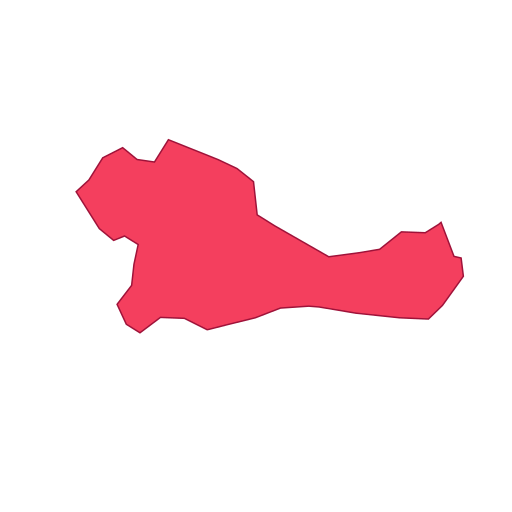 outline of Jeungpyeong-gun, North Chungcheong, South Korea, rotated 302°
{"feature_id": "91817680B75298348451478", "entity_name": "Jeungpyeong-gun", "entity_type": "district", "adm_level": 2, "iso_a3": "KOR", "parent_name": "South Korea", "parent_adm1": "North Chungcheong", "projection": "robinson", "projection_center": [127.607, 36.772], "detail": "fine", "context": "isolated", "style": "filled", "palette": "rose", "viewbox_px": 512, "rotation_deg": 302, "n_neighbors": 0, "source": "geoboundaries", "source_scale": "gbopen_adm2", "svg_char_len": 706}
<svg xmlns="http://www.w3.org/2000/svg" viewBox="0 0 512 512"><g transform="rotate(302 256 256)"><path d="M215.2,69.4L196.2,108.6L193.8,127.0L203.3,133.9L203.3,150.0L184.3,156.9L165.2,166.1L141.4,163.8L129.4,182.2L129.4,198.3L153.3,207.5L165.2,228.3L167.6,253.6L168.7,254.8L181.9,267.4L203.3,288.2L224.8,304.3L241.4,327.3L246.2,336.5L260.5,371.1L279.6,410.3L293.9,435.6L312.9,440.3L348.7,442.6L363.0,431.0L360.6,424.1L382.6,395.1L379.7,394.2L365.4,387.2L353.5,366.5L327.2,357.3L312.9,341.1L293.9,318.1L291.5,255.9L291.5,235.2L317.7,214.5L320.1,193.7L317.7,173.0L308.2,120.1L281.9,120.1L274.8,104.0L277.2,85.5L258.1,74.0L231.9,74.0L215.2,69.4Z" fill="#f43f5e" stroke="#9f1239" stroke-width="1.5"/></g></svg>